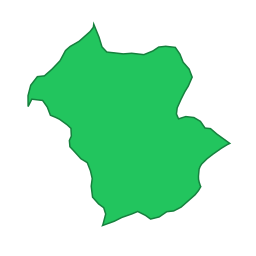 the district of Yonggwang, Hamgyŏng-namdo, North Korea, rotated 186°
{"feature_id": "82179303B97977133847329", "entity_name": "Yonggwang", "entity_type": "district", "adm_level": 2, "iso_a3": "PRK", "parent_name": "North Korea", "parent_adm1": "Hamgyŏng-namdo", "projection": "equal_earth", "projection_center": [127.345, 40.075], "detail": "fine", "context": "isolated", "style": "filled", "palette": "green", "viewbox_px": 256, "rotation_deg": 186, "n_neighbors": 0, "source": "geoboundaries", "source_scale": "gbopen_adm2", "svg_char_len": 1214}
<svg xmlns="http://www.w3.org/2000/svg" viewBox="0 0 256 256"><g transform="rotate(186 128 128)"><path d="M229.6,138.9L226.7,146.6L215.8,146.5L210.4,140.3L206.5,132.6L201.0,131.0L196.9,129.5L188.8,124.8L184.7,121.7L183.5,114.0L185.0,109.4L183.8,103.3L178.4,98.6L171.6,92.5L164.9,89.3L160.9,81.6L158.3,74.0L158.5,66.3L156.0,55.5L149.3,49.4L143.8,46.2L141.2,40.1L142.8,29.4L143.1,28.4L131.8,33.9L124.8,38.4L115.1,43.0L109.6,46.0L101.4,42.9L96.0,39.8L87.7,42.8L80.7,48.8L73.9,50.3L66.9,54.9L59.9,62.5L54.3,68.6L51.4,73.1L49.5,77.3L50.1,78.2L51.6,81.6L52.5,84.4L52.9,87.4L53.0,94.5L52.2,97.4L50.9,100.0L46.2,105.7L41.1,110.6L33.2,117.5L27.6,121.8L25.2,123.3L28.3,125.1L33.7,128.2L39.1,131.3L45.9,136.0L51.4,136.0L56.7,142.2L63.5,145.3L71.7,145.4L78.7,142.4L81.3,147.0L81.2,153.2L78.2,162.3L75.3,170.0L72.4,176.1L69.5,185.3L73.4,193.0L80.1,199.2L84.1,206.9L89.4,213.1L99.0,213.2L105.9,211.7L111.5,207.1L119.9,202.6L132.2,202.7L140.5,201.2L150.1,201.3L157.0,201.3L162.4,206.0L166.3,215.2L172.9,227.6L173.0,224.5L175.8,219.9L180.0,215.3L185.6,209.2L194.0,203.1L198.2,198.6L202.6,187.8L209.6,178.7L216.6,171.1L223.5,169.6L229.2,160.4L230.8,149.7L229.6,138.9Z" fill="#22c55e" stroke="#15803d" stroke-width="1.5"/></g></svg>